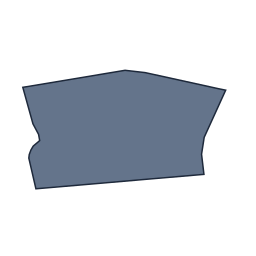 the District of Mwanza, rotated 169°
{"feature_id": "MWI-1922", "entity_name": "Mwanza", "entity_type": "District", "adm_level": 1, "iso_a3": "MWI", "parent_name": "Malawi", "parent_adm1": "", "projection": "albers", "projection_center": [34.593, -15.694], "detail": "fine", "context": "isolated", "style": "filled", "palette": "slate", "viewbox_px": 256, "rotation_deg": 169, "n_neighbors": 0, "source": "natural_earth", "source_scale": "10m", "svg_char_len": 388}
<svg xmlns="http://www.w3.org/2000/svg" viewBox="0 0 256 256"><g transform="rotate(169 128 128)"><path d="M24.9,146.5L55.0,104.3L60.8,88.2L62.3,68.0L120.1,74.2L177.6,80.3L230.0,85.9L231.1,117.4L230.0,120.8L227.5,124.9L224.5,128.3L217.1,132.5L217.0,138.8L220.5,150.2L223.5,188.0L119.9,185.2L100.6,179.1L31.9,149.4L24.9,146.5Z" fill="#64748b" stroke="#1e293b" stroke-width="1.5"/></g></svg>